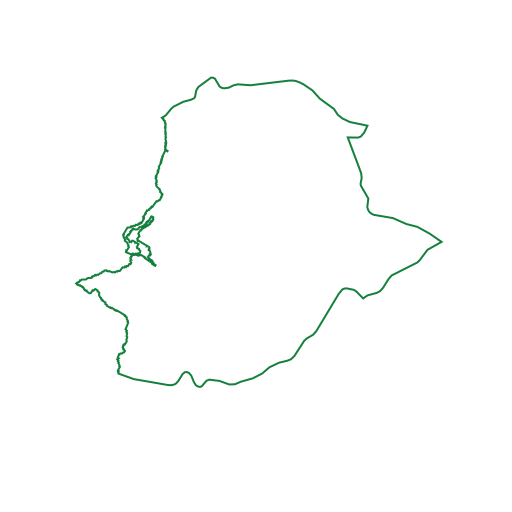 La Isabela, Puerto Plata, Dominican Republic, rotated 301°
{"feature_id": "3306468B2817273614412", "entity_name": "La Isabela", "entity_type": "district", "adm_level": 2, "iso_a3": "DOM", "parent_name": "Dominican Republic", "parent_adm1": "Puerto Plata", "projection": "equal_earth", "projection_center": [-71.164, 19.801], "detail": "fine", "context": "isolated", "style": "outline", "palette": "green", "viewbox_px": 512, "rotation_deg": 301, "n_neighbors": 0, "source": "geoboundaries", "source_scale": "gbopen_adm2", "svg_char_len": 6145}
<svg xmlns="http://www.w3.org/2000/svg" viewBox="0 0 512 512"><g transform="rotate(301 256 256)"><path d="M274.8,369.7L279.7,371.9L286.7,378.6L289.7,380.4L294.2,381.3L304.7,381.5L309.2,382.3L333.5,397.6L336.9,398.5L349.6,399.8L363.7,407.8L364.6,393.3L364.1,379.3L360.9,368.6L359.0,353.8L352.0,335.9L351.7,333.3L352.1,330.7L353.1,328.6L355.2,326.2L363.1,322.7L370.4,309.5L371.9,308.4L377.5,306.3L381.3,303.3L404.9,273.6L410.0,282.4L412.3,284.3L417.4,285.2L425.1,284.4L419.2,267.5L418.4,259.4L419.2,253.3L422.2,247.0L423.7,229.9L427.0,219.0L427.6,208.6L427.3,204.2L426.5,199.9L425.4,197.3L423.2,193.8L399.5,163.3L393.8,152.0L390.8,148.9L386.3,146.0L383.3,142.3L382.5,140.0L382.5,137.6L386.9,129.4L386.7,127.3L385.7,125.6L371.1,119.5L366.9,119.6L361.0,121.8L359.2,121.6L356.6,119.9L350.7,114.2L341.7,108.5L338.6,107.5L330.0,106.2L326.1,104.2L326.1,105.3L325.6,105.3L325.6,106.4L324.8,107.0L324.8,108.1L324.4,108.1L323.5,109.8L322.7,109.8L322.3,110.9L319.8,111.5L319.8,112.1L318.9,112.1L318.9,112.6L315.6,114.3L315.6,114.9L313.9,115.4L313.9,116.0L311.4,117.1L311.4,117.7L309.3,118.3L308.0,119.9L306.8,119.9L306.8,120.5L305.9,120.5L305.9,121.1L304.7,121.1L304.7,121.6L303.4,121.6L303.4,122.2L302.1,122.2L301.3,123.3L300.5,123.3L300.5,126.1L300.1,126.1L300.1,123.9L292.9,124.5L292.9,125.0L290.4,125.0L290.4,125.6L288.7,125.6L288.7,126.1L287.1,126.1L287.1,126.7L282.4,126.7L281.6,127.8L278.7,127.8L278.7,128.4L277.4,128.4L277.4,129.0L273.2,129.0L273.2,129.5L272.0,129.5L272.0,130.1L270.7,130.1L269.9,131.8L268.2,132.3L268.2,132.9L266.5,132.9L266.1,134.0L265.2,134.0L264.4,135.2L263.6,139.1L263.1,139.1L262.3,140.8L261.5,140.8L261.0,143.6L260.2,143.6L260.2,144.2L257.7,144.2L257.7,144.7L254.3,144.7L254.3,144.2L252.2,143.6L251.8,142.5L244.7,141.9L244.7,141.3L243.4,141.3L243.4,140.8L240.9,140.8L240.9,140.2L238.8,139.7L238.8,139.1L235.5,139.1L235.5,139.7L231.7,139.1L231.7,139.7L230.9,139.7L230.9,140.2L230.0,140.2L230.0,140.8L225.4,140.8L225.4,140.2L224.6,140.2L224.6,139.7L223.7,139.7L223.7,139.1L222.5,139.1L222.5,138.5L221.2,138.0L220.8,136.8L219.5,136.8L218.7,135.2L217.8,135.2L217.4,134.0L216.6,134.0L216.6,133.5L215.8,133.5L214.1,131.2L206.1,131.2L206.1,131.8L204.9,131.8L204.0,132.9L204.0,134.0L203.2,134.0L202.8,135.2L201.5,135.7L201.1,139.1L200.2,139.7L199.4,141.3L198.6,141.3L198.1,142.5L193.9,142.5L193.9,141.9L192.3,142.5L193.1,148.1L194.8,149.2L194.8,150.9L196.0,151.5L196.5,152.6L197.7,153.7L197.7,154.9L198.1,154.3L198.6,154.9L200.7,154.3L201.1,152.6L201.9,152.0L201.5,150.4L201.9,150.4L202.3,149.2L205.7,149.2L205.7,145.3L205.3,145.3L205.7,144.7L205.7,142.5L205.3,141.9L203.6,141.9L203.6,140.2L203.2,140.2L204.4,138.5L204.4,136.8L204.9,136.8L205.3,135.2L207.8,135.2L207.8,135.7L209.0,135.7L209.0,136.3L212.0,136.3L212.0,135.7L212.8,135.7L212.8,136.3L215.3,136.3L215.3,136.8L216.2,136.8L216.6,139.0L217.8,140.8L220.8,141.3L221.6,143.0L222.5,143.0L222.5,143.6L223.3,143.6L223.3,144.2L225.0,144.2L225.0,144.7L226.2,144.7L226.2,145.3L228.3,145.3L228.3,144.7L228.8,144.7L228.8,145.3L230.0,145.3L230.0,145.9L235.5,145.9L235.5,146.4L236.3,146.4L236.3,148.1L234.2,148.7L234.2,149.2L232.5,149.2L232.5,148.7L231.3,148.7L231.3,148.1L229.2,148.7L229.2,148.1L227.1,148.1L227.1,147.5L226.2,147.5L226.2,147.0L223.7,146.4L222.9,145.3L222.0,145.3L222.0,144.7L218.7,144.2L218.7,143.6L214.5,143.6L214.1,144.7L212.8,145.3L212.8,145.9L209.5,145.3L209.0,146.4L208.6,146.4L208.6,147.5L208.2,147.5L208.6,148.1L208.6,157.7L208.2,157.7L208.6,158.2L208.6,159.9L208.2,160.5L206.9,160.5L206.9,161.1L205.7,161.1L205.7,162.2L204.4,163.9L203.2,163.9L203.2,165.0L201.9,165.0L201.1,163.9L199.4,163.9L199.0,165.6L198.6,165.6L198.6,169.5L197.7,170.1L197.3,171.8L196.5,171.8L196.5,174.6L195.6,174.6L195.6,171.2L196.5,170.1L196.9,162.2L197.3,162.2L197.3,161.1L197.7,161.1L197.7,157.1L195.6,154.9L195.2,152.0L194.4,151.5L193.5,149.8L192.7,149.8L192.7,149.2L190.2,149.2L190.2,149.8L188.9,149.8L188.5,150.9L188.1,150.4L186.8,150.9L186.0,152.6L184.3,152.6L183.9,151.5L181.4,151.5L180.9,150.4L179.7,150.4L179.7,149.2L178.4,149.2L177.6,147.5L173.0,147.0L172.1,145.3L171.3,145.3L170.9,144.2L169.2,143.6L169.2,142.5L167.9,141.3L167.5,138.0L166.7,137.4L166.7,135.7L166.3,135.7L166.3,134.6L165.4,133.5L164.2,133.5L163.3,132.3L161.6,132.3L160.8,131.2L158.7,130.6L158.3,129.5L157.0,129.0L157.0,127.8L155.8,127.8L154.9,126.7L153.7,126.7L153.7,126.1L152.4,126.1L150.7,123.3L148.2,122.2L146.1,118.8L144.5,118.3L144.5,117.7L142.4,117.7L141.5,116.6L139.8,116.0L139.4,117.7L139.8,117.7L139.8,120.5L140.3,120.5L140.3,123.3L139.8,123.3L139.8,125.0L139.0,125.6L139.0,127.3L138.6,127.3L139.0,128.4L138.6,128.4L138.2,132.3L139.0,133.5L141.9,133.5L141.9,134.0L142.8,134.0L142.8,134.6L144.9,135.2L144.9,138.0L144.0,138.5L144.0,140.2L143.6,140.8L141.9,141.3L140.3,143.6L140.3,144.7L139.4,145.3L139.4,146.4L139.0,146.4L139.0,147.5L138.6,147.5L138.6,150.9L137.3,151.5L137.3,153.2L136.5,153.7L136.5,157.7L136.9,157.7L136.9,159.4L137.3,159.4L137.3,162.7L136.9,162.7L136.9,163.9L137.3,163.9L137.3,165.0L137.7,165.0L137.7,174.0L137.3,174.0L137.3,175.1L136.9,175.1L136.9,176.8L135.6,177.4L134.4,179.6L133.5,179.6L133.1,180.8L126.0,181.9L125.6,183.6L124.7,183.6L124.7,184.1L123.5,184.6L123.5,185.3L120.5,186.4L120.1,187.5L117.2,188.1L116.3,189.2L113.0,189.2L113.0,188.7L111.7,188.7L111.7,188.1L111.3,188.1L111.3,188.7L109.2,188.7L109.2,189.2L108.0,189.8L108.0,190.9L107.5,190.9L107.1,192.6L105.4,192.6L104.6,191.5L103.4,191.4L102.5,189.9L101.2,189.8L101.2,189.2L97.9,189.8L97.9,190.3L97.0,190.3L97.1,190.9L95.9,190.3L95.4,192.0L94.5,191.9L94.1,193.2L93.3,193.2L92.0,195.4L91.1,195.4L90.8,196.5L87.0,196.5L87.0,197.1L86.1,197.1L86.1,197.7L85.3,197.7L84.9,198.8L84.4,198.8L87.5,214.5L99.9,246.6L101.5,249.8L103.8,252.2L105.7,253.2L108.9,253.8L117.1,253.9L119.7,254.8L121.0,256.7L121.2,259.1L120.0,262.3L115.9,267.8L114.3,270.9L114.2,273.2L114.9,275.4L116.4,276.6L123.6,277.8L125.9,279.6L130.1,289.0L132.1,299.2L135.2,304.0L140.5,307.8L149.4,316.2L158.4,321.8L167.5,324.8L176.5,330.8L182.4,336.8L185.4,339.1L190.0,340.4L208.1,341.0L211.5,342.0L217.9,345.5L222.6,346.4L266.1,346.4L271.7,347.2L273.6,348.5L274.9,350.3L277.4,357.3L277.2,360.6L274.8,369.7Z" fill="none" stroke="#15803d" stroke-width="2"/></g></svg>